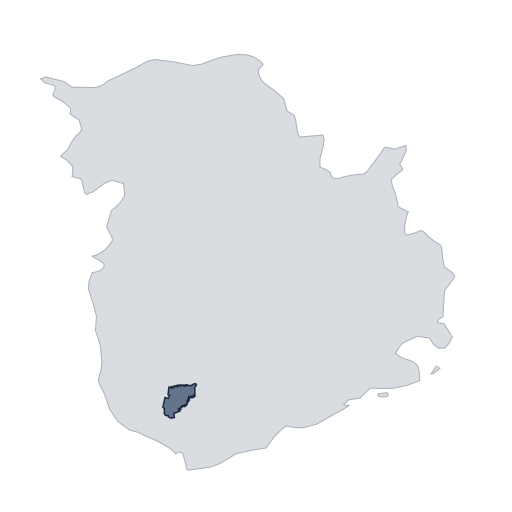 location of Preah Netr Preah, Bântéay Méanchey, Cambodia, rotated 264°
{"feature_id": "14789045B34870424787449", "entity_name": "Preah Netr Preah", "entity_type": "district", "adm_level": 2, "iso_a3": "KHM", "parent_name": "Cambodia", "parent_adm1": "Bântéay Méanchey", "projection": "natural_earth1", "projection_center": [103.28, 13.553], "detail": "fine", "context": "in_parent", "style": "filled", "palette": "slate", "viewbox_px": 512, "rotation_deg": 264, "n_neighbors": 0, "source": "geoboundaries", "source_scale": "gbopen_adm2", "svg_char_len": 7424}
<svg xmlns="http://www.w3.org/2000/svg" viewBox="0 0 512 512"><g transform="rotate(264 256 256)"><path d="M454.7,60.4L456.0,65.4L452.7,74.9L449.3,83.5L442.8,91.1L442.5,96.6L440.3,113.1L441.2,118.4L442.8,122.9L444.9,125.3L450.6,141.5L455.9,156.2L461.0,168.3L462.0,175.9L457.4,195.3L452.0,213.0L452.5,221.9L454.9,230.8L457.4,242.6L458.4,257.7L457.1,267.6L454.7,273.7L450.0,280.0L445.9,283.2L440.9,277.9L437.0,277.6L431.7,279.2L427.6,281.7L419.2,290.9L409.8,299.9L396.9,302.1L391.9,308.8L386.5,309.7L376.2,310.1L369.5,311.6L369.8,315.0L369.3,330.7L369.5,334.4L368.5,335.4L363.8,335.9L356.0,333.5L345.3,329.6L337.7,329.0L333.9,335.8L331.6,338.5L328.7,338.9L325.7,340.2L324.7,343.2L324.5,347.1L325.9,353.6L326.5,364.1L326.1,371.2L328.9,375.7L345.2,390.8L350.0,394.6L350.6,396.9L347.7,405.1L350.3,416.7L345.2,416.5L336.7,411.5L332.6,408.5L327.7,410.9L326.0,410.4L322.7,404.7L318.3,398.9L313.8,398.5L304.4,400.8L294.7,402.4L291.0,402.4L289.5,403.5L283.9,412.1L281.5,410.6L271.8,407.3L262.9,406.1L261.0,408.3L262.1,415.4L264.1,422.2L263.0,425.2L258.1,428.8L251.6,435.3L247.7,440.4L244.9,441.6L235.1,441.4L225.3,442.1L221.4,446.9L217.7,450.6L214.5,451.6L201.7,439.8L176.2,435.6L173.5,430.4L171.0,429.4L168.7,436.2L154.7,442.7L148.9,438.8L144.6,434.0L145.2,428.2L149.3,423.4L156.2,420.0L159.4,408.0L154.1,392.7L149.5,388.2L144.6,384.6L139.5,390.3L135.1,400.1L130.6,405.1L124.3,406.3L114.9,405.9L111.3,391.3L110.1,378.8L111.4,364.5L112.8,356.0L103.8,344.4L103.3,333.3L99.0,327.5L97.7,330.4L97.8,333.6L96.6,331.3L82.4,298.7L80.1,283.6L82.5,272.0L84.0,268.1L79.9,262.0L74.1,255.0L64.0,245.9L63.3,231.5L61.1,214.4L58.0,208.7L53.4,198.2L50.9,189.5L50.0,166.6L51.3,164.7L58.5,164.1L67.7,162.4L69.2,158.7L67.6,155.7L73.5,150.5L81.9,139.1L88.5,127.2L93.2,119.7L96.0,112.2L105.5,101.7L118.6,94.4L127.5,92.6L136.7,90.2L145.6,86.6L149.8,86.3L160.8,90.6L166.8,91.7L173.0,91.6L179.5,92.0L185.1,91.6L198.6,88.6L212.9,91.0L225.7,89.1L241.5,85.7L249.3,87.8L256.4,91.3L257.4,98.3L259.0,101.5L261.4,103.9L264.5,103.9L268.6,99.1L271.9,94.0L273.0,93.1L273.2,95.6L274.9,101.0L277.9,106.4L281.0,110.0L286.1,114.7L289.4,114.9L300.2,110.4L316.4,116.9L318.3,120.2L323.6,126.8L329.3,131.6L341.9,131.9L346.4,120.2L344.2,113.1L336.9,100.7L334.9,93.4L337.2,92.1L349.4,90.7L351.4,89.3L354.1,81.3L357.4,82.2L364.2,83.2L371.3,77.7L375.5,72.0L377.9,74.6L380.4,78.6L383.2,81.0L388.4,84.4L394.0,89.3L397.6,94.1L400.4,96.0L407.7,94.6L409.6,94.8L413.8,89.0L416.7,85.9L419.3,86.8L422.9,86.7L430.5,79.3L434.8,72.5L437.1,70.7L443.9,74.0L446.6,73.4L450.5,64.0L454.7,60.4ZM106.5,372.0L105.1,372.9L103.8,372.9L102.5,371.5L102.6,366.3L103.6,363.1L105.9,362.5L106.5,372.0ZM127.8,423.6L125.0,427.2L120.4,419.9L120.4,417.8L127.8,423.6Z" fill="#d9dde1" stroke="#a8b0b8" stroke-width="1"/><path d="M123.0,180.8L124.8,180.6L125.2,180.6L126.1,180.9L126.6,181.0L127.5,181.0L129.5,181.2L130.1,181.2L130.5,181.0L131.5,181.4L132.0,181.8L132.3,181.9L132.9,182.3L133.3,182.8L133.8,183.2L134.0,182.9L134.8,182.7L135.2,182.7L135.4,182.6L135.4,182.3L135.3,182.2L135.4,181.9L135.1,181.2L135.1,180.9L135.2,180.7L134.9,179.9L134.8,179.6L134.7,179.5L134.7,179.4L134.4,179.3L134.4,179.1L134.5,179.0L134.4,178.7L134.2,178.5L134.0,178.2L133.9,178.1L133.8,177.3L133.7,177.2L134.1,176.6L134.0,176.4L134.3,176.1L134.4,175.4L134.4,175.2L134.4,174.6L134.7,174.3L134.7,174.1L134.9,174.1L135.1,173.8L135.3,173.7L135.3,173.3L135.1,173.2L134.6,172.9L134.3,172.9L134.4,172.7L134.1,172.4L134.5,172.2L134.3,172.1L134.3,171.8L134.5,171.7L134.3,171.4L134.5,171.2L134.3,171.0L134.5,170.8L134.4,170.6L134.4,170.4L134.5,170.3L134.7,170.7L134.9,170.8L134.8,170.3L134.9,170.2L135.2,170.3L135.3,170.2L135.2,170.0L134.9,170.0L135.0,169.9L135.1,169.7L134.9,169.4L134.7,169.1L134.7,168.9L134.8,168.7L135.0,168.9L135.3,169.0L135.3,168.8L135.0,168.6L135.1,168.4L135.4,168.4L135.1,168.3L135.1,168.1L135.3,168.1L135.4,167.9L135.2,167.8L135.2,167.7L135.4,167.6L135.6,167.5L135.6,167.3L135.3,167.2L135.6,167.1L135.3,166.6L135.6,166.4L135.5,166.1L135.3,165.9L135.4,165.7L135.1,165.8L135.0,165.6L135.1,165.3L135.4,164.7L135.2,164.6L135.0,164.9L134.8,164.9L134.8,164.7L135.0,164.6L134.7,164.6L134.9,164.2L134.7,164.2L134.4,163.9L134.7,163.8L135.2,163.8L135.5,163.2L135.6,162.9L135.2,163.3L134.9,163.2L134.8,162.7L135.2,162.7L135.0,162.4L134.5,162.2L134.6,161.9L134.7,161.7L135.2,161.7L135.4,161.5L135.4,161.2L135.2,160.9L134.7,160.7L134.9,160.4L134.8,160.0L134.7,160.2L134.3,159.9L134.3,160.4L134.0,160.4L133.8,160.4L133.8,160.2L134.1,160.0L134.1,159.8L133.9,159.5L133.4,159.2L133.5,159.0L134.0,158.9L133.8,158.3L134.0,158.1L134.3,158.2L134.6,158.3L134.9,158.1L134.5,157.8L134.6,157.5L134.5,157.3L134.1,157.3L133.9,157.0L134.1,156.7L134.4,156.5L134.2,156.1L134.7,155.8L134.7,155.7L127.1,154.0L126.4,155.6L123.6,153.8L124.8,150.8L122.2,149.9L115.4,147.6L115.0,148.0L114.2,148.6L114.0,148.9L113.8,148.9L112.7,148.8L110.3,148.5L109.6,148.3L108.8,148.4L107.7,148.8L107.3,149.1L106.6,150.0L106.6,151.9L105.2,152.0L105.1,152.3L104.8,152.6L104.6,153.0L104.2,153.4L103.9,154.1L103.9,154.6L103.6,154.9L103.9,158.0L108.3,157.9L108.2,158.7L109.5,163.5L109.6,163.8L109.8,163.7L110.0,163.8L109.9,163.6L110.1,163.5L110.3,163.6L110.2,163.9L110.3,163.9L110.5,163.6L110.5,163.8L110.7,163.7L110.8,163.7L110.9,164.0L111.0,163.5L111.2,163.8L111.4,163.7L111.4,163.8L111.4,164.0L111.5,163.9L111.5,164.1L111.4,164.2L111.5,164.3L111.8,164.0L112.1,164.2L112.0,164.4L112.3,164.0L112.3,164.7L112.4,164.8L112.7,164.7L112.7,164.8L112.6,165.1L112.8,164.9L112.9,165.0L113.0,165.2L112.9,165.5L113.2,165.5L113.3,165.5L113.2,165.9L113.3,166.0L113.5,166.2L113.4,166.4L113.5,166.4L113.6,166.5L113.6,166.2L113.8,166.3L113.9,166.1L114.0,166.1L114.2,166.4L114.3,166.5L114.4,166.4L114.3,166.6L114.0,166.8L114.3,166.9L114.5,167.1L114.6,166.9L114.7,167.1L114.4,167.3L114.3,167.5L114.7,167.5L114.5,167.9L114.6,168.1L114.3,167.9L114.1,167.9L114.1,168.1L114.7,168.5L114.7,168.9L114.5,169.0L114.9,169.1L114.8,169.3L114.9,169.5L114.6,169.7L114.5,169.8L114.9,169.8L115.1,169.9L115.1,170.1L114.8,170.2L114.7,170.4L114.9,170.5L115.1,170.3L115.2,170.5L115.1,170.8L115.5,170.7L115.5,171.3L115.4,171.5L115.5,171.5L115.7,171.4L115.6,171.2L115.9,171.8L116.2,171.6L116.3,171.7L116.3,171.9L116.4,172.1L116.5,172.1L116.9,172.0L117.0,172.0L117.0,172.3L117.3,172.5L117.6,172.4L117.9,172.3L117.8,172.5L117.9,172.9L118.0,172.9L118.3,172.7L118.3,172.8L118.2,173.2L118.3,173.2L118.4,173.4L118.7,173.1L118.8,173.2L118.8,172.9L119.0,173.0L119.0,173.3L119.1,173.1L119.1,172.9L119.3,172.8L119.4,173.0L119.5,173.1L119.4,173.2L119.4,173.4L119.2,173.8L119.7,173.8L119.8,173.7L119.8,173.4L119.9,173.5L119.9,174.1L120.0,174.1L120.1,173.5L120.1,173.4L120.2,173.5L120.4,173.7L120.3,174.2L120.5,174.1L120.4,174.2L120.5,174.3L121.0,174.1L121.0,174.3L120.6,174.6L120.8,174.6L121.2,174.5L121.3,174.1L121.5,174.3L121.4,174.6L121.5,174.6L121.6,174.4L121.7,174.7L122.1,174.1L122.3,174.6L122.7,174.3L122.8,174.3L122.5,174.9L122.9,174.7L123.3,174.9L123.2,175.4L123.1,175.6L123.2,176.0L123.5,176.3L123.4,176.4L123.0,176.3L122.9,176.4L122.6,176.3L122.7,176.5L122.8,176.7L122.6,177.1L122.4,176.9L122.3,177.2L122.6,177.4L122.7,177.8L122.3,177.5L121.9,177.7L121.7,177.6L121.7,177.9L121.7,178.0L122.0,178.1L122.1,178.3L122.0,178.9L122.1,179.0L122.3,178.9L122.5,178.6L122.4,178.3L122.6,178.2L122.7,178.4L122.8,179.1L123.2,179.1L122.7,179.5L122.8,179.7L123.4,179.6L123.6,179.6L123.2,180.1L122.8,180.2L122.9,180.3L123.2,180.4L123.2,180.5L122.9,180.5L123.0,180.8Z" fill="#64748b" stroke="#1e293b" stroke-width="1.5"/></g></svg>